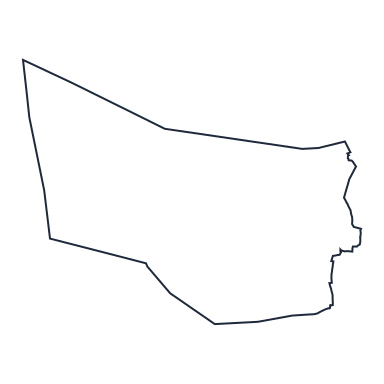 Magdalena Tlacotepec, Oaxaca, Mexico (Albers equal-area conic projection)
{"feature_id": "50627088B48372928795218", "entity_name": "Magdalena Tlacotepec", "entity_type": "district", "adm_level": 2, "iso_a3": "MEX", "parent_name": "Mexico", "parent_adm1": "Oaxaca", "projection": "albers", "projection_center": [-95.197, 16.516], "detail": "fine", "context": "isolated", "style": "outline", "palette": "slate", "viewbox_px": 384, "rotation_deg": 0, "n_neighbors": 0, "source": "geoboundaries", "source_scale": "gbopen_adm2", "svg_char_len": 1592}
<svg xmlns="http://www.w3.org/2000/svg" viewBox="0 0 384 384"><path d="M23.0,59.9L26.8,93.8L29.3,117.2L44.2,190.4L50.0,238.6L100.0,251.4L146.0,263.3L147.4,266.6L170.2,293.3L214.8,324.1L257.9,321.8L292.0,315.6L308.5,314.5L313.3,314.3L315.6,313.9L317.9,313.2L319.5,312.2L323.3,310.3L325.0,309.5L327.8,308.5L328.4,308.3L329.5,308.4L329.8,308.2L330.0,307.9L330.2,305.2L330.5,305.0L331.5,305.3L332.0,305.3L332.8,305.1L332.8,302.2L332.6,299.0L332.6,295.5L332.3,293.8L331.4,290.6L331.2,289.3L330.9,288.2L330.3,286.7L329.4,283.1L329.6,283.1L331.8,282.8L331.4,278.2L331.5,274.2L332.0,271.6L332.2,269.1L332.3,268.8L332.6,266.9L333.0,263.7L333.4,261.4L331.3,261.1L332.9,255.9L335.7,255.5L335.9,255.4L337.6,255.0L339.6,254.8L340.6,252.8L341.1,252.3L341.1,251.0L340.9,251.0L340.4,251.0L340.4,249.5L341.2,250.4L344.8,251.4L346.9,251.1L350.5,251.4L352.3,251.6L352.4,250.2L352.5,248.7L352.4,248.5L352.9,246.5L355.2,246.5L356.9,246.6L358.0,245.5L359.8,244.5L359.8,243.9L360.2,242.4L360.3,241.2L360.3,239.7L360.3,237.8L360.2,237.7L360.1,237.3L360.4,236.1L360.7,233.9L360.7,232.1L360.4,230.8L360.5,230.1L360.9,229.0L361.0,228.8L353.8,226.9L352.1,224.1L352.2,222.1L352.3,220.3L352.1,217.0L352.0,216.8L351.3,214.6L350.5,210.2L348.6,206.6L347.8,204.8L347.6,204.3L347.6,203.9L346.9,203.2L345.5,200.4L344.0,197.7L347.2,186.5L347.3,186.4L349.3,179.2L356.0,166.5L355.9,166.4L352.8,161.7L351.7,160.6L348.7,160.3L348.4,158.8L347.8,158.3L348.1,155.2L348.7,155.1L347.4,153.5L350.4,152.3L344.9,141.5L318.4,148.0L302.3,148.9L164.8,128.8L138.0,115.5L72.2,83.0L23.0,59.9Z" fill="none" stroke="#1e293b" stroke-width="2"/></svg>